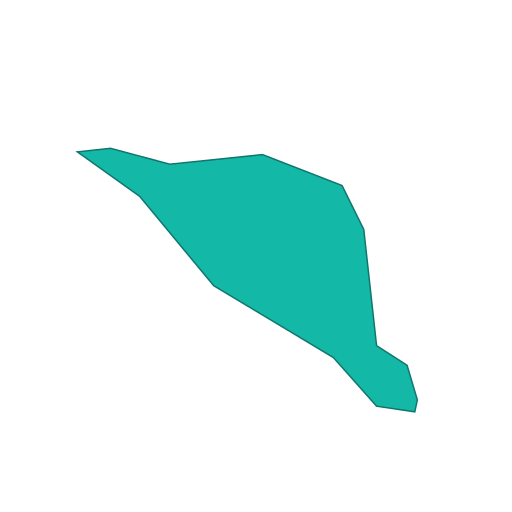 outline of Heard Island and McDonald Islands, rotated 201°
{"feature_id": "HMD", "entity_name": "Heard Island and McDonald Islands", "entity_type": "country or territory", "adm_level": 0, "iso_a3": "HMD", "parent_name": "Seven seas (open ocean)", "parent_adm1": "", "projection": "robinson", "projection_center": [73.51, -53.075], "detail": "fine", "context": "isolated", "style": "filled", "palette": "teal", "viewbox_px": 512, "rotation_deg": 201, "n_neighbors": 0, "source": "natural_earth", "source_scale": "50m", "svg_char_len": 347}
<svg xmlns="http://www.w3.org/2000/svg" viewBox="0 0 512 512"><g transform="rotate(201 256 256)"><path d="M369.4,310.8L286.3,353.0L200.9,352.6L164.9,319.4L111.3,215.5L75.8,208.1L53.8,179.5L51.9,167.4L89.6,159.0L147.3,188.9L284.8,213.1L386.0,270.0L460.1,289.2L430.4,304.4L369.4,310.8Z" fill="#14b8a6" stroke="#0f766e" stroke-width="1.5"/></g></svg>